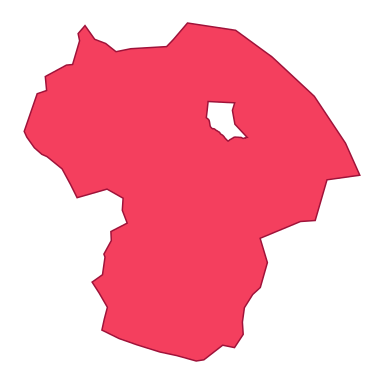 Taragt, Övörhangay, Mongolia
{"feature_id": "93677404B58682850586725", "entity_name": "Taragt", "entity_type": "district", "adm_level": 2, "iso_a3": "MNG", "parent_name": "Mongolia", "parent_adm1": "Övörhangay", "projection": "robinson", "projection_center": [102.735, 46.092], "detail": "fine", "context": "isolated", "style": "filled", "palette": "rose", "viewbox_px": 384, "rotation_deg": 0, "n_neighbors": 0, "source": "geoboundaries", "source_scale": "gbopen_adm2", "svg_char_len": 2040}
<svg xmlns="http://www.w3.org/2000/svg" viewBox="0 0 384 384"><path d="M359.8,175.2L345.5,143.2L314.3,96.3L272.1,57.0L235.6,30.3L187.5,23.0L173.4,39.5L166.6,46.6L130.9,48.7L116.0,51.7L105.7,43.5L94.7,39.3L85.0,25.6L78.1,33.6L79.6,40.8L72.6,64.5L66.4,65.1L45.3,76.5L46.6,90.5L37.2,93.7L24.2,131.4L26.8,137.1L34.4,147.8L41.8,154.3L47.0,156.6L62.1,168.9L70.6,184.6L77.1,197.7L107.0,189.1L123.1,198.2L122.3,210.3L127.2,223.1L110.9,231.5L111.3,240.6L103.9,254.1L105.0,257.1L102.5,274.7L92.1,282.1L99.2,293.1L107.4,307.3L104.3,319.1L101.9,330.1L119.2,338.6L136.6,344.7L159.9,352.0L176.8,355.6L196.2,361.0L203.9,359.8L222.7,345.2L234.5,347.6L243.2,334.4L242.4,322.1L244.4,307.7L252.7,294.5L260.3,287.5L267.4,262.6L260.1,238.3L300.5,221.5L315.2,220.5L327.0,179.8L359.8,175.2ZM234.9,124.2L247.1,137.3L246.8,137.3L246.4,137.3L246.1,137.4L246.1,137.5L245.9,137.7L245.9,137.8L245.7,138.0L245.4,138.2L244.9,137.9L244.4,138.0L244.0,138.3L243.4,138.4L242.5,138.3L242.0,137.9L241.7,137.6L241.4,137.5L241.1,137.5L240.4,137.5L240.1,137.3L239.3,137.4L238.9,137.4L238.3,137.2L237.9,137.2L236.8,137.2L235.6,137.1L234.8,137.1L234.0,137.3L233.6,137.5L233.3,137.6L232.9,138.1L232.7,138.2L232.4,138.3L232.1,138.4L231.6,138.8L231.1,139.1L230.6,139.3L230.0,139.6L229.4,140.2L228.3,141.0L228.1,141.1L226.9,140.1L224.6,137.6L224.2,136.9L223.6,136.2L223.0,135.6L222.6,135.2L222.1,134.9L221.3,134.4L220.7,134.0L220.5,133.9L220.3,133.6L220.1,133.3L219.9,132.9L219.7,132.5L219.4,132.2L219.1,132.0L218.7,131.9L218.2,131.6L217.5,131.0L217.0,130.8L216.8,130.6L216.2,130.4L215.2,129.5L214.3,128.9L213.8,128.7L213.3,128.7L212.5,128.7L212.2,128.5L211.5,127.9L210.9,127.3L210.4,126.6L210.3,126.2L210.2,126.0L210.1,125.8L209.9,124.4L209.8,124.0L209.8,123.9L209.7,123.2L209.5,121.9L209.1,120.4L208.5,119.4L207.6,118.7L206.3,117.7L207.3,109.3L207.3,109.1L208.1,101.5L219.7,102.1L219.9,102.1L220.6,102.1L220.8,102.1L223.9,102.3L227.7,102.5L228.2,102.5L232.6,102.7L234.7,102.8L233.4,107.2L233.3,107.5L232.4,110.3L234.9,124.2Z" fill="#f43f5e" stroke="#9f1239" stroke-width="1.5"/></svg>